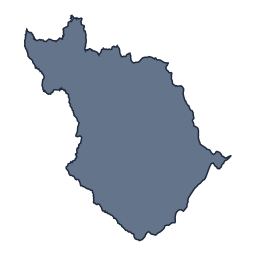 Santa Rosa De Cabal, Risaralda, Colombia
{"feature_id": "7082276B83235998403741", "entity_name": "Santa Rosa De Cabal", "entity_type": "district", "adm_level": 2, "iso_a3": "COL", "parent_name": "Colombia", "parent_adm1": "Risaralda", "projection": "equal_earth", "projection_center": [-75.574, 4.836], "detail": "fine", "context": "isolated", "style": "filled", "palette": "slate", "viewbox_px": 256, "rotation_deg": 0, "n_neighbors": 0, "source": "geoboundaries", "source_scale": "gbopen_adm2", "svg_char_len": 5570}
<svg xmlns="http://www.w3.org/2000/svg" viewBox="0 0 256 256"><path d="M26.8,29.3L26.1,31.9L26.4,33.4L25.3,34.8L25.8,35.8L25.4,37.0L25.5,38.2L24.7,40.7L24.9,43.6L24.7,46.3L25.3,47.0L25.7,48.7L26.8,50.0L26.9,51.1L27.5,52.2L28.2,56.5L29.0,57.1L29.6,58.2L31.4,59.3L32.7,60.9L32.9,62.6L33.9,63.7L35.0,65.5L35.5,68.0L36.5,67.5L36.5,68.1L37.5,68.9L38.8,68.9L38.9,69.7L40.1,71.0L40.2,71.5L40.9,71.4L41.6,72.1L42.0,73.4L42.6,73.6L43.8,75.7L44.1,76.7L44.0,78.2L42.8,79.8L42.3,82.9L42.5,83.7L42.0,84.8L42.9,88.3L42.9,89.1L43.5,90.0L43.6,91.2L43.9,91.3L44.4,90.4L44.7,90.4L45.0,90.8L45.1,91.9L46.3,92.5L46.9,93.3L48.3,94.2L49.7,93.9L50.3,94.2L50.9,93.9L50.9,93.3L51.5,92.5L52.5,92.5L54.0,89.7L58.7,90.0L59.4,89.8L59.8,89.2L59.9,90.2L61.2,88.7L61.1,89.4L62.9,89.2L64.2,90.5L64.6,90.0L65.1,90.5L65.2,89.9L65.3,91.1L65.7,91.5L65.8,92.4L66.2,93.2L68.1,94.1L68.5,94.8L68.4,96.9L69.4,98.6L69.3,101.3L69.0,102.4L70.4,104.3L70.1,105.4L70.4,106.3L71.7,107.9L72.5,110.4L73.2,110.7L73.3,112.0L74.0,114.5L73.9,115.3L76.8,118.1L77.4,120.6L79.1,122.7L78.4,125.5L77.8,126.7L77.4,131.6L75.9,135.3L75.9,136.1L77.6,136.7L80.0,135.9L81.3,136.8L81.7,137.9L81.1,140.3L81.2,141.0L80.7,142.1L80.7,143.2L79.4,144.0L79.2,144.8L78.7,144.9L78.6,147.1L78.2,148.3L77.4,148.0L77.1,148.3L76.8,150.1L76.9,151.7L77.2,152.4L77.1,153.1L76.5,153.3L76.3,154.0L75.7,153.9L75.5,154.3L76.1,155.2L76.2,156.0L76.7,156.2L76.8,156.6L76.0,158.4L75.4,158.6L75.3,159.9L72.4,161.2L72.2,162.5L70.7,161.9L70.6,162.9L68.1,164.0L68.2,164.3L67.5,165.9L66.3,166.8L66.1,167.7L66.3,168.7L68.4,171.2L69.1,173.9L70.1,175.3L71.9,175.4L72.8,176.1L73.7,176.2L74.6,177.3L74.9,178.6L76.3,179.8L77.1,179.4L78.3,179.4L79.9,182.3L80.7,185.7L81.8,185.6L82.7,186.5L84.4,186.9L86.8,188.6L89.7,189.4L90.6,190.2L92.0,190.3L92.4,190.9L92.5,192.2L93.7,194.6L93.2,195.9L93.9,197.4L93.5,198.3L93.8,200.0L93.5,202.2L93.9,203.0L94.8,203.0L95.4,203.8L97.0,204.6L97.7,204.0L99.3,204.3L101.5,207.6L102.1,209.9L102.7,210.9L103.8,210.8L104.3,211.7L105.2,211.3L105.3,212.3L107.0,212.4L107.4,213.4L109.5,213.9L110.1,214.6L112.3,215.6L113.8,217.4L113.8,218.3L115.2,218.4L116.6,219.6L116.8,220.5L117.7,221.9L118.0,223.3L118.9,223.4L120.1,224.6L121.5,225.1L121.8,226.5L123.3,227.4L125.7,230.3L126.9,230.4L128.6,232.0L130.1,231.9L132.3,233.8L133.6,233.9L134.1,235.6L134.0,236.6L135.2,238.8L137.2,239.6L138.5,239.7L139.4,240.6L142.3,239.5L144.8,236.8L145.5,234.8L147.1,232.6L148.4,231.8L149.1,231.9L151.0,233.9L155.7,235.1L157.6,233.3L160.6,231.6L163.3,229.2L164.2,228.0L164.9,225.8L166.6,225.2L168.8,225.2L171.9,222.8L174.9,222.7L175.3,221.6L175.1,217.1L175.7,214.0L176.3,212.5L178.0,210.6L179.7,209.7L181.3,209.8L183.4,211.2L186.9,206.9L187.1,204.2L188.1,201.4L187.8,200.6L188.2,198.6L188.9,197.1L194.5,188.5L197.6,185.6L198.0,184.7L200.2,183.3L202.9,180.3L204.5,179.5L205.7,177.4L209.5,167.1L211.2,163.6L213.3,163.1L215.2,166.1L216.5,166.9L217.4,168.5L219.3,168.8L221.3,166.9L221.9,164.7L223.8,163.0L224.1,161.9L224.8,160.8L226.7,160.0L228.3,158.7L231.3,155.5L228.6,156.6L226.7,157.8L225.1,157.9L223.1,156.4L221.9,156.0L221.4,154.6L219.6,152.4L216.8,151.4L216.2,151.7L215.4,153.1L213.7,154.4L213.2,154.4L211.5,152.9L210.0,150.3L209.1,149.7L206.9,149.2L206.0,148.1L200.3,144.3L199.8,142.3L199.1,141.1L198.8,139.2L198.3,138.1L198.5,134.5L198.3,133.7L198.5,132.1L198.3,129.4L197.5,127.9L195.4,126.5L193.8,125.9L193.6,123.3L192.4,121.0L192.5,119.8L193.9,118.4L193.3,115.3L193.1,112.8L192.1,110.7L191.1,110.4L190.0,109.4L188.9,106.0L187.6,104.9L186.2,102.9L185.8,101.2L185.2,101.1L183.7,96.6L183.2,93.7L183.1,92.2L183.5,91.3L183.7,89.0L182.5,87.0L180.9,85.8L177.6,86.3L176.5,85.7L175.6,86.0L172.5,83.8L172.3,81.2L171.2,78.2L171.6,76.1L171.2,74.8L171.8,74.0L171.7,73.1L171.3,72.6L169.8,72.8L168.8,72.3L167.9,70.8L166.8,70.3L165.8,67.7L166.1,66.6L167.5,64.9L167.7,64.0L168.2,63.4L168.2,63.0L165.3,62.8L163.5,62.2L160.1,60.0L156.8,59.8L155.7,58.0L154.9,58.1L154.5,58.9L151.8,57.3L149.0,56.6L147.2,57.4L145.4,57.2L143.5,57.6L142.1,58.3L139.6,61.2L138.1,62.3L135.4,62.3L134.6,62.8L133.5,62.9L132.1,61.9L130.8,59.7L131.0,59.1L130.6,57.9L130.8,55.9L130.2,54.6L130.0,53.2L128.5,53.6L127.1,54.5L126.6,54.9L126.2,56.0L125.7,56.3L125.1,56.5L123.8,56.2L122.0,56.9L121.5,56.7L119.8,52.8L119.7,50.5L119.2,48.6L117.2,45.6L116.3,46.9L115.4,47.2L113.9,46.2L112.5,46.9L112.1,47.3L111.7,49.2L111.0,49.5L109.1,49.1L107.8,49.6L106.4,49.1L104.4,49.3L103.3,48.2L102.5,49.5L101.6,49.6L100.9,52.2L99.5,54.1L98.8,54.4L98.8,55.0L98.2,54.3L98.1,53.4L97.4,52.4L94.5,51.0L93.1,51.0L92.7,50.4L92.2,50.5L91.9,50.0L91.6,50.2L91.4,49.7L90.2,48.8L89.5,48.8L89.2,49.4L88.5,49.3L87.8,50.0L87.7,49.6L87.1,49.6L86.8,50.1L85.8,49.8L85.5,50.8L84.7,48.5L85.6,46.1L85.5,43.9L86.1,43.0L86.2,39.4L85.7,37.7L86.0,35.8L85.8,33.7L85.3,32.6L85.3,31.2L84.2,30.9L83.8,29.2L83.7,28.1L84.3,27.0L84.0,25.6L82.3,25.1L81.6,24.5L81.2,23.7L81.2,22.5L80.7,21.7L81.8,19.7L81.9,18.6L81.3,18.1L78.5,18.9L77.0,17.9L76.5,19.0L76.0,18.1L74.6,18.0L73.8,18.4L73.0,16.5L72.2,16.0L71.9,15.4L70.9,15.9L71.4,17.3L70.5,18.5L71.9,19.3L72.3,19.8L72.1,20.4L71.4,21.4L70.5,20.9L69.8,21.8L68.3,22.3L67.9,26.2L63.7,28.3L63.1,29.2L63.1,29.8L63.6,30.5L63.4,32.7L64.0,35.0L62.9,35.4L62.9,36.0L63.3,36.4L63.1,37.0L62.7,36.9L62.3,37.8L62.4,39.0L60.8,38.7L59.7,38.1L59.3,38.8L58.5,39.1L58.2,39.8L56.9,40.6L56.0,41.6L55.3,40.8L52.4,40.6L51.1,39.6L48.9,39.1L46.1,41.5L43.7,41.1L43.4,40.2L41.2,39.8L40.6,40.1L39.9,39.5L36.5,40.7L35.2,39.2L34.7,39.6L33.9,39.2L33.8,38.3L34.4,38.7L33.8,36.6L33.0,35.7L32.9,34.7L32.3,34.5L31.8,33.2L30.9,32.4L29.4,32.6L28.6,31.7L27.7,31.5L27.1,30.6L27.2,29.9L26.8,29.3Z" fill="#64748b" stroke="#1e293b" stroke-width="1.5"/></svg>